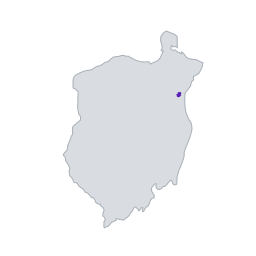 Lupsanu, Calarasi, Romania (highlighted), rotated 281°
{"feature_id": "2599482B13609226917732", "entity_name": "Lupsanu", "entity_type": "district", "adm_level": 2, "iso_a3": "ROU", "parent_name": "Romania", "parent_adm1": "Calarasi", "projection": "natural_earth1", "projection_center": [26.944, 44.379], "detail": "fine", "context": "in_parent", "style": "filled", "palette": "violet", "viewbox_px": 256, "rotation_deg": 281, "n_neighbors": 0, "source": "geoboundaries", "source_scale": "gbopen_adm2", "svg_char_len": 4195}
<svg xmlns="http://www.w3.org/2000/svg" viewBox="0 0 256 256"><g transform="rotate(281 128 128)"><path d="M198.0,142.0L200.3,144.8L203.2,146.3L210.0,147.9L210.6,147.7L210.6,147.4L210.1,147.0L210.1,146.5L210.4,145.8L211.3,145.8L212.8,146.4L215.7,145.5L220.0,143.3L223.9,142.8L227.4,144.2L229.3,145.7L230.5,147.2L230.1,149.0L229.9,150.2L229.0,154.9L228.4,156.7L227.4,158.7L216.3,161.1L217.0,159.9L216.7,157.9L216.3,156.4L217.3,155.1L214.8,154.6L213.7,155.3L212.9,156.6L213.6,159.6L212.4,161.3L212.0,162.2L211.9,164.4L211.2,165.3L211.1,166.4L212.9,166.1L212.1,168.0L208.8,171.6L207.6,173.8L208.0,182.4L206.5,187.6L206.4,189.1L202.9,189.2L201.8,189.0L198.5,188.3L194.7,186.9L192.5,184.2L191.0,182.3L187.9,183.2L187.2,183.0L186.4,182.0L184.0,181.4L181.0,181.4L174.3,177.9L173.6,177.4L168.4,177.9L160.5,179.7L154.6,181.8L148.4,185.6L145.9,188.4L142.9,190.0L138.8,191.1L131.4,190.7L123.7,189.2L115.5,187.7L111.0,188.5L105.0,187.9L95.9,186.0L89.1,185.5L82.4,186.6L81.3,185.7L81.1,184.8L81.3,183.4L82.3,182.3L83.9,181.5L84.8,180.7L84.9,179.8L83.1,178.5L79.4,176.6L77.9,175.4L77.5,175.1L77.5,174.1L76.7,173.2L75.3,172.6L74.2,171.5L73.4,170.0L73.6,168.5L74.8,167.1L76.2,166.4L78.0,166.6L78.7,166.2L78.4,165.3L76.7,164.0L73.6,162.5L70.4,163.3L67.1,166.5L64.7,167.0L63.3,164.9L60.8,163.6L57.1,163.2L54.8,162.4L54.0,161.1L52.4,160.2L48.9,159.2L48.9,158.2L49.4,158.0L50.7,157.9L52.4,157.7L52.7,157.1L52.7,156.6L51.4,156.0L50.1,155.5L49.4,155.1L48.9,154.6L48.9,154.1L49.3,153.8L49.8,153.8L50.3,153.5L50.7,152.3L51.4,151.3L51.9,151.0L51.9,150.3L51.4,149.6L50.7,149.1L49.6,148.7L46.2,147.7L44.6,146.3L43.5,146.3L41.9,145.5L40.1,144.3L38.6,142.6L37.0,141.5L36.6,141.0L36.6,140.6L36.9,140.1L36.9,139.6L36.5,137.9L36.8,136.1L36.8,134.5L36.8,133.7L36.5,133.5L36.2,133.8L35.8,134.1L35.4,134.1L34.2,132.9L32.7,130.4L31.7,129.6L29.6,128.5L27.9,127.5L26.8,125.5L25.5,123.9L26.4,123.2L31.3,122.3L33.6,123.2L34.6,122.8L35.6,122.1L36.2,121.5L36.3,120.9L36.8,120.1L38.5,119.7L42.9,120.2L44.7,119.1L45.3,118.5L45.8,117.2L46.3,116.1L47.8,115.5L47.8,114.6L47.6,113.5L48.6,111.1L49.2,110.2L50.1,109.8L51.2,109.1L53.0,107.5L52.6,106.2L53.0,105.2L55.0,102.8L56.6,100.4L56.6,99.2L56.8,98.2L58.1,97.1L59.5,95.6L61.4,91.1L62.1,90.3L63.3,89.5L64.2,88.6L64.3,85.6L65.2,84.7L66.8,83.8L68.4,82.2L69.7,80.4L70.7,79.5L72.0,79.3L73.5,78.6L75.0,78.3L76.6,78.7L77.5,78.5L79.0,77.6L82.8,74.2L83.4,73.5L84.2,73.1L87.2,71.9L88.0,70.8L89.1,69.7L90.4,69.8L94.8,72.4L99.5,72.2L100.4,72.3L100.6,72.4L101.2,72.6L107.5,73.8L108.5,73.7L111.2,74.7L113.5,74.5L115.6,73.8L117.8,73.5L119.8,74.0L121.4,75.5L125.3,78.6L126.5,79.8L128.4,79.6L130.4,79.0L132.5,76.9L138.8,74.5L143.6,73.9L148.3,73.0L153.8,72.3L155.3,70.3L156.2,69.0L156.8,66.5L159.8,65.8L162.5,65.3L163.5,65.0L165.6,64.9L167.1,65.1L169.6,66.3L171.3,67.9L171.9,69.1L173.4,70.8L174.9,73.2L176.6,76.4L177.0,78.0L177.6,79.8L178.9,81.9L181.3,84.3L181.7,84.7L182.8,86.4L184.9,90.1L186.6,91.6L188.2,93.2L188.9,94.8L190.1,96.3L192.7,98.2L194.8,100.0L196.5,105.1L197.7,107.5L198.4,109.3L198.1,112.9L198.6,114.5L197.6,117.3L195.9,123.0L195.5,127.6L195.8,130.1L195.9,131.6L196.3,132.7L196.8,134.7L196.8,136.6L196.2,137.1L195.3,137.5L195.0,137.9L195.8,138.7L196.9,140.2L198.0,142.0Z" fill="#d9dde1" stroke="#a8b0b8" stroke-width="1"/><path d="M172.1,172.9L172.2,172.7L172.3,172.7L172.4,172.4L172.2,172.2L172.3,172.2L172.2,172.0L172.2,171.9L172.2,171.7L172.3,171.7L172.2,171.7L172.2,171.3L172.3,171.1L172.2,171.0L171.9,171.0L171.8,170.9L171.7,171.0L171.7,170.9L171.7,171.0L171.4,170.9L171.2,170.9L171.3,170.9L170.9,170.8L170.4,170.8L170.2,170.8L170.0,170.7L170.1,170.4L170.1,170.2L169.9,170.0L169.7,170.3L169.6,170.5L169.4,170.7L169.3,170.8L169.3,170.6L169.2,170.8L169.2,170.7L169.1,170.8L168.8,170.6L168.7,170.7L168.6,170.8L168.5,171.0L168.5,171.3L168.7,171.5L168.8,171.5L169.1,171.8L169.2,172.0L169.3,172.1L169.2,172.4L169.3,172.4L169.4,172.5L169.5,172.6L169.7,172.8L169.6,173.0L169.7,172.9L169.7,172.7L169.8,172.7L169.8,172.8L170.2,173.1L170.5,172.8L170.6,172.6L170.6,172.3L170.7,172.1L170.9,172.1L171.1,172.1L171.1,172.3L171.2,172.2L171.3,172.2L171.3,172.4L171.1,172.4L171.1,172.7L171.3,172.7L171.7,172.8L171.9,172.8L172.1,172.9L172.1,172.9Z" fill="#8b5cf6" stroke="#5b21b6" stroke-width="1.5"/></g></svg>